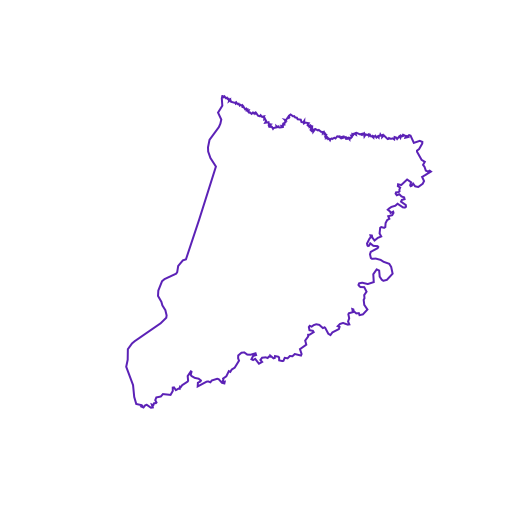 outline of Samrong Thap, Surin, Thailand, rotated 36°
{"feature_id": "78962969B97732928781759", "entity_name": "Samrong Thap", "entity_type": "district", "adm_level": 2, "iso_a3": "THA", "parent_name": "Thailand", "parent_adm1": "Surin", "projection": "mercator", "projection_center": [103.962, 15.033], "detail": "fine", "context": "isolated", "style": "outline", "palette": "violet", "viewbox_px": 512, "rotation_deg": 36, "n_neighbors": 0, "source": "geoboundaries", "source_scale": "gbopen_adm2", "svg_char_len": 6090}
<svg xmlns="http://www.w3.org/2000/svg" viewBox="0 0 512 512"><g transform="rotate(36 256 256)"><path d="M346.7,104.8L348.4,99.6L347.9,96.6L343.9,94.4L347.9,84.9L346.3,84.9L345.5,86.6L343.2,87.1L339.9,84.8L337.6,84.1L337.2,80.6L333.5,80.9L325.0,77.0L324.3,76.1L325.1,73.7L324.4,67.3L323.5,65.9L320.8,66.6L317.2,71.7L310.3,67.8L308.8,68.2L308.5,69.2L309.2,69.9L308.1,70.2L308.7,70.9L307.3,72.5L306.8,70.9L302.8,71.6L303.9,71.7L304.4,72.6L303.6,73.7L302.5,73.6L303.3,75.5L301.6,74.9L301.4,78.4L299.7,77.8L298.2,78.3L299.3,80.4L297.5,80.5L296.3,81.9L294.3,82.4L294.5,83.2L293.8,84.0L288.6,83.3L288.2,85.5L287.2,83.8L286.4,85.1L285.2,84.6L285.6,85.7L284.7,86.6L285.6,88.1L284.1,87.9L283.8,89.4L281.9,88.6L281.6,89.8L280.3,90.1L281.2,91.2L279.4,91.0L278.8,91.6L277.1,91.0L276.9,92.4L275.6,91.3L274.9,92.8L272.5,93.2L273.3,93.4L273.4,95.5L271.3,93.3L270.6,95.8L270.0,95.9L269.8,95.0L268.5,96.5L264.8,97.3L264.2,98.1L265.4,99.1L264.1,99.2L263.1,99.8L263.4,100.7L262.3,100.8L263.2,102.2L262.3,102.7L263.6,103.5L263.4,105.1L262.1,105.5L263.0,106.7L261.0,106.3L260.5,106.7L260.8,107.8L259.9,108.3L258.7,107.1L257.8,108.2L256.7,107.7L255.8,108.8L257.2,108.9L255.8,110.8L254.1,110.7L252.7,109.5L253.3,110.8L251.4,111.4L251.2,114.2L249.9,114.3L248.9,116.5L248.2,116.4L247.5,117.6L247.8,118.8L246.2,118.2L245.6,119.0L244.9,118.4L243.9,119.3L243.9,118.5L242.8,119.0L242.8,118.0L241.8,118.4L241.5,116.7L240.0,117.3L239.7,115.4L239.4,116.5L238.0,115.7L237.8,117.4L237.1,116.5L235.6,117.3L232.7,117.1L232.3,118.0L229.3,118.4L228.4,119.8L229.3,120.0L229.3,122.0L228.0,120.6L227.1,121.0L227.3,122.1L226.0,121.9L225.6,120.5L226.5,120.0L225.3,118.2L224.3,119.4L224.3,118.4L223.0,118.3L222.8,120.1L220.8,119.8L220.6,117.6L217.6,119.0L216.9,120.4L215.6,118.4L215.7,120.2L214.0,120.9L212.1,119.4L209.3,120.9L207.8,120.1L206.3,120.9L204.7,120.4L203.9,121.2L200.8,121.2L200.2,123.2L201.4,124.1L201.4,125.1L200.3,125.1L200.4,128.4L199.2,128.9L200.9,129.2L200.5,129.9L201.3,130.6L200.5,132.6L199.5,132.9L201.6,133.2L200.8,134.3L201.4,135.1L200.3,135.7L201.6,136.2L199.7,138.1L198.4,138.6L197.9,138.0L197.0,139.1L196.2,139.0L197.0,139.9L195.0,142.1L195.0,143.1L193.0,142.2L190.8,143.7L190.2,143.3L190.8,142.2L189.8,142.3L190.3,141.0L188.8,141.7L187.5,140.4L185.1,142.8L184.8,140.8L182.9,139.9L182.4,140.7L181.5,139.2L180.6,139.4L180.4,138.3L178.9,139.9L177.0,139.4L177.0,140.7L175.2,141.3L172.3,140.3L171.8,141.3L171.1,140.4L170.4,141.9L169.2,141.7L168.9,143.6L166.6,143.4L166.2,144.1L164.8,143.8L164.5,142.4L163.1,143.7L162.7,142.6L162.2,143.2L161.5,142.6L161.0,143.7L158.7,142.8L157.8,143.3L157.6,142.3L156.2,142.0L156.1,142.8L154.4,142.9L154.3,143.8L152.5,143.0L152.1,143.8L150.6,143.6L150.2,144.5L149.4,143.5L148.9,144.5L145.2,145.9L143.7,144.9L143.2,146.4L142.7,144.7L142.1,145.7L141.2,145.0L140.6,145.6L139.5,145.0L138.9,146.0L136.7,145.4L136.6,146.6L135.4,146.7L134.4,145.6L135.7,148.6L140.4,154.2L141.0,162.3L147.7,166.0L149.4,169.9L150.2,173.6L150.1,189.3L153.3,196.3L155.9,199.6L161.5,203.5L171.0,207.2L188.7,260.2L201.3,299.9L199.4,302.5L198.9,309.8L201.7,315.3L201.8,317.2L195.6,328.4L194.8,331.6L197.3,341.4L200.2,345.9L206.4,348.7L209.3,351.0L214.5,353.1L218.6,356.6L219.7,358.7L218.4,366.5L208.0,396.0L207.1,399.6L207.1,406.7L213.2,415.4L216.1,421.9L232.4,432.7L240.3,441.6L246.1,446.1L251.2,443.9L251.8,444.0L251.7,445.2L254.0,444.7L254.1,442.0L255.0,440.6L260.2,440.5L261.5,439.2L259.0,437.4L260.6,437.0L260.1,435.0L261.5,433.9L261.6,433.0L259.2,431.8L258.5,429.0L261.6,425.6L261.9,422.4L268.5,418.6L268.0,414.1L266.0,411.4L266.9,410.5L270.0,411.6L271.4,408.6L272.3,408.3L271.4,406.4L272.2,406.3L272.2,403.9L274.5,397.8L274.4,396.8L271.3,393.3L271.1,387.6L271.9,387.6L273.0,390.5L274.4,391.0L278.1,390.6L281.7,389.0L284.6,389.1L284.8,390.1L283.5,392.7L285.5,395.8L289.9,386.7L291.0,385.6L293.3,385.0L293.4,382.7L296.8,378.1L298.3,377.6L303.0,378.6L305.3,377.7L304.6,376.1L303.7,377.2L302.6,376.8L302.4,375.4L301.4,374.5L302.7,370.8L301.7,365.1L303.3,364.9L303.1,362.1L304.4,358.9L303.8,350.7L301.6,349.2L300.1,346.9L301.1,342.8L303.2,340.9L306.9,340.9L309.6,339.1L312.8,335.0L314.3,336.1L312.4,338.6L313.0,342.2L314.8,341.9L315.8,339.7L321.7,341.4L323.2,338.1L320.7,337.5L320.7,334.7L323.4,332.3L325.4,331.7L325.5,329.9L326.5,329.3L326.0,328.2L330.3,328.5L331.1,327.5L330.2,325.8L333.2,324.4L334.3,324.5L336.1,326.8L339.1,325.5L339.8,324.7L339.1,321.5L341.7,320.2L342.2,317.0L344.4,315.7L345.0,312.5L350.9,310.1L350.5,308.5L346.3,305.5L348.8,298.2L345.5,295.5L345.5,290.4L344.5,289.1L345.6,288.2L347.4,283.7L346.0,283.1L342.9,284.6L340.5,282.4L340.5,280.9L342.5,280.5L343.3,278.0L344.9,275.8L347.7,274.5L352.5,275.0L353.4,273.4L354.3,273.5L360.2,276.4L362.7,276.2L362.7,272.9L366.0,266.4L365.3,264.3L363.4,264.7L363.9,261.6L365.8,259.0L370.6,257.6L371.7,256.5L369.0,254.9L368.0,251.6L365.0,248.9L364.8,247.7L367.4,244.5L365.1,242.3L366.1,242.0L367.5,243.2L370.9,243.5L372.8,241.8L374.5,243.0L376.8,240.4L377.6,233.8L372.3,231.9L368.9,228.2L368.6,226.4L366.5,224.0L366.4,219.9L361.9,217.6L358.8,219.7L357.6,219.7L355.9,219.2L355.5,217.5L357.6,215.2L362.9,213.0L366.6,207.9L361.6,201.8L361.5,195.9L364.2,195.4L368.2,200.0L371.7,201.3L373.6,201.2L375.9,198.4L376.9,190.0L371.8,185.4L368.4,184.0L362.6,185.7L359.1,185.9L354.4,187.7L351.5,190.1L350.1,190.1L347.2,187.6L346.4,185.2L349.8,178.1L349.6,176.8L348.5,176.6L345.0,178.8L341.0,178.6L341.4,181.2L340.8,182.1L340.0,182.0L338.5,180.7L337.6,175.1L337.9,173.3L336.4,172.0L337.7,171.3L339.2,172.7L342.8,173.8L343.9,169.7L345.8,166.6L342.7,165.1L339.9,160.2L340.3,159.0L343.1,157.9L343.6,156.6L341.5,153.2L341.0,149.9L342.0,147.5L339.6,146.1L342.2,142.9L341.9,140.3L340.9,139.5L339.6,142.0L338.4,141.2L335.4,141.1L335.7,139.5L336.7,136.7L339.2,133.4L339.8,130.5L346.3,130.3L348.0,129.3L348.4,128.0L347.2,126.7L341.4,126.8L341.0,124.9L342.8,122.7L341.4,121.5L338.7,122.3L335.7,121.8L334.2,124.1L332.3,123.5L331.9,122.2L333.8,120.6L334.1,119.3L333.0,118.1L332.4,115.9L329.7,116.1L328.8,114.5L331.8,113.2L333.3,105.3L338.2,105.2L339.1,108.1L340.1,108.6L340.7,107.7L340.6,105.1L343.8,106.1L346.7,104.8Z" fill="none" stroke="#5b21b6" stroke-width="2"/></g></svg>